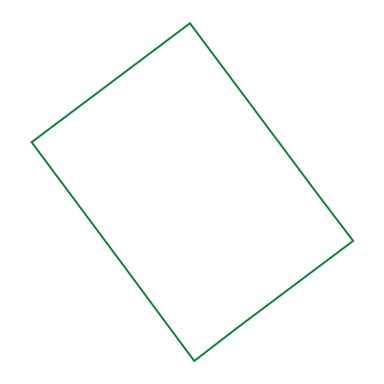 Clay, Kansas, United States of America (orthographic projection), rotated 323°
{"feature_id": "52423323B796635822074", "entity_name": "Clay", "entity_type": "district", "adm_level": 2, "iso_a3": "USA", "parent_name": "United States of America", "parent_adm1": "Kansas", "projection": "orthographic", "projection_center": [-97.195, 39.349], "detail": "fine", "context": "isolated", "style": "outline", "palette": "green", "viewbox_px": 384, "rotation_deg": 323, "n_neighbors": 0, "source": "geoboundaries", "source_scale": "gbopen_adm2", "svg_char_len": 278}
<svg xmlns="http://www.w3.org/2000/svg" viewBox="0 0 384 384"><g transform="rotate(323 192 192)"><path d="M93.9,55.7L93.0,219.2L92.5,273.8L92.1,328.3L146.4,327.7L290.4,328.0L291.3,328.0L291.0,273.0L291.9,56.0L93.9,55.7Z" fill="none" stroke="#15803d" stroke-width="2"/></g></svg>